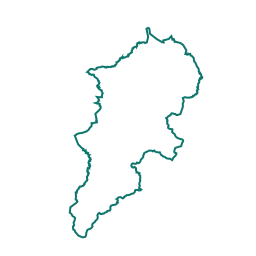 Nong Prue, Kanchanaburi, Thailand (Robinson projection), rotated 249°
{"feature_id": "78962969B48992578424572", "entity_name": "Nong Prue", "entity_type": "district", "adm_level": 2, "iso_a3": "THA", "parent_name": "Thailand", "parent_adm1": "Kanchanaburi", "projection": "robinson", "projection_center": [99.466, 14.685], "detail": "fine", "context": "isolated", "style": "outline", "palette": "teal", "viewbox_px": 256, "rotation_deg": 249, "n_neighbors": 0, "source": "geoboundaries", "source_scale": "gbopen_adm2", "svg_char_len": 5831}
<svg xmlns="http://www.w3.org/2000/svg" viewBox="0 0 256 256"><g transform="rotate(249 128 128)"><path d="M214.3,182.7L214.0,180.8L207.2,179.7L205.4,179.2L201.1,176.2L201.2,174.4L201.9,174.2L202.6,172.8L202.7,171.2L203.1,171.0L203.2,170.0L202.9,169.8L202.9,169.1L204.0,169.0L203.8,168.4L203.9,167.4L203.3,166.6L202.9,166.6L201.7,165.9L201.6,166.1L201.3,166.0L201.2,165.5L200.7,165.0L201.1,165.0L200.9,164.6L201.3,163.6L201.1,161.7L200.4,161.5L200.3,161.1L200.5,160.6L199.6,160.2L198.6,159.0L197.3,158.8L197.4,158.4L197.1,158.1L197.2,157.5L196.4,155.6L196.6,154.7L196.4,154.4L195.2,154.5L194.7,153.7L195.2,153.0L194.9,150.7L195.2,149.3L195.6,149.1L195.3,148.6L195.7,148.4L195.7,147.9L196.0,148.0L195.4,147.3L196.1,146.9L195.8,146.2L195.9,145.5L195.6,145.2L194.6,145.0L194.7,144.4L193.8,143.4L193.9,142.9L193.4,142.5L193.2,141.7L193.5,140.8L192.6,140.6L191.9,140.1L191.4,139.5L191.4,138.5L190.5,137.9L190.5,137.6L190.8,137.0L190.6,136.3L191.2,135.8L191.0,134.2L191.4,134.1L191.3,133.4L192.1,131.5L192.0,131.2L192.4,131.0L192.7,130.1L192.2,129.3L192.9,128.2L193.4,128.2L194.7,125.8L194.6,124.3L195.2,122.3L195.4,120.3L194.4,119.9L194.4,117.5L195.7,116.1L196.6,114.0L194.9,110.2L194.7,110.6L193.6,110.8L193.2,111.3L192.1,111.2L191.7,112.3L190.5,113.0L190.4,114.6L189.9,115.2L187.8,115.1L184.9,117.1L183.7,117.0L182.4,117.6L181.8,117.0L180.6,117.6L179.3,116.4L178.5,114.3L177.8,114.2L176.8,114.3L176.8,115.7L175.9,115.2L175.7,115.5L175.4,114.9L175.0,114.9L173.0,116.2L172.5,116.9L172.1,116.5L171.3,116.5L169.5,116.9L168.2,115.5L166.1,114.7L167.2,111.9L168.1,110.2L165.3,111.0L163.9,110.8L164.0,110.1L163.1,109.2L162.7,108.3L162.9,106.7L162.0,107.7L160.8,110.2L159.0,109.5L158.8,110.1L156.6,109.8L155.5,108.6L152.9,102.6L148.0,101.9L146.4,101.0L146.1,101.5L144.4,101.0L145.0,98.4L144.9,97.2L145.6,95.8L143.0,94.8L141.5,91.8L140.5,90.8L139.7,88.0L139.8,83.9L140.6,80.4L140.6,77.6L140.2,77.1L140.0,75.6L130.7,75.6L125.4,77.9L124.6,78.8L123.5,78.1L123.4,78.9L122.4,79.8L121.9,79.4L121.7,79.7L122.0,80.4L121.5,80.3L121.2,79.9L119.7,79.6L119.3,80.3L119.7,81.2L119.2,81.8L118.2,81.1L116.9,82.2L116.9,81.4L116.2,81.5L115.9,81.1L115.3,81.4L114.5,81.1L113.3,82.1L112.8,81.6L111.9,81.8L111.8,80.8L110.7,80.7L110.9,80.1L111.3,80.0L111.1,79.6L109.8,78.8L108.7,79.0L108.8,78.6L108.1,78.6L107.8,79.1L107.2,78.3L106.1,79.1L105.2,78.2L105.2,76.3L104.9,76.0L104.5,76.3L104.6,76.0L104.0,75.8L104.0,75.6L103.3,75.0L102.7,75.1L102.2,74.6L101.8,74.8L101.7,74.4L100.8,74.5L100.5,75.0L99.9,75.3L99.2,74.7L98.8,73.8L98.2,73.7L97.0,72.0L95.7,71.9L94.9,71.4L94.4,71.6L93.5,70.9L93.2,69.5L92.3,68.5L92.0,67.4L91.0,66.6L90.8,66.8L90.1,65.4L90.3,65.2L90.1,63.0L90.6,62.4L90.6,61.8L89.6,61.0L89.6,60.5L88.9,60.0L88.0,58.1L87.5,58.0L87.0,57.1L86.5,57.3L85.9,56.9L86.3,56.0L82.9,55.0L80.0,53.5L79.0,54.3L77.4,54.4L76.6,52.7L74.7,45.9L69.9,43.3L68.0,44.4L65.8,44.6L64.0,46.0L63.0,46.3L61.0,45.2L59.3,43.4L56.3,42.7L55.8,41.3L52.8,40.5L51.6,41.6L50.2,41.4L45.6,43.0L42.5,45.9L42.0,47.1L41.7,49.1L43.1,50.6L44.8,51.3L47.2,53.3L47.5,54.3L47.5,57.2L48.4,59.2L48.8,59.6L50.1,59.7L51.3,60.6L52.1,63.2L52.8,64.1L54.0,66.7L55.6,67.9L57.4,68.1L58.8,69.6L58.9,71.0L57.7,71.4L57.0,72.6L57.2,73.7L56.8,74.9L57.3,76.3L57.1,78.0L58.0,79.0L57.4,81.5L58.1,82.3L60.5,83.2L61.3,83.9L61.6,85.6L60.9,89.1L61.4,90.5L62.1,90.8L62.0,91.8L63.1,91.6L63.8,92.5L64.8,92.6L65.6,92.0L65.6,92.6L66.4,93.5L66.6,94.3L66.1,96.4L64.3,97.7L64.1,98.3L64.6,99.5L65.2,99.8L65.3,101.5L65.8,102.6L65.0,105.2L65.3,108.1L64.9,109.5L65.9,111.5L67.1,112.2L67.5,112.8L66.8,114.4L66.7,115.3L65.8,115.7L65.5,116.4L65.4,117.4L65.7,118.3L67.9,116.9L68.6,117.2L69.8,118.4L71.3,118.3L72.4,118.8L74.4,120.6L75.6,120.7L76.9,121.6L79.3,122.3L80.3,121.7L81.1,121.7L81.1,122.2L81.7,122.6L82.5,121.9L83.4,120.0L84.3,120.5L85.6,120.2L87.5,121.1L88.8,120.5L88.9,119.8L89.3,119.8L89.3,118.6L89.7,117.9L91.0,117.5L91.6,117.6L93.0,118.6L93.2,119.8L91.7,122.4L91.9,123.4L92.5,124.0L91.4,125.2L91.6,126.3L92.1,127.3L93.7,128.5L95.3,131.7L97.0,132.4L97.4,133.2L98.6,133.9L99.0,135.4L99.3,139.9L98.2,142.2L97.3,142.8L97.6,144.4L96.4,144.7L95.0,146.5L94.4,147.4L93.9,149.0L91.3,149.1L90.4,149.9L89.2,150.3L87.4,152.3L85.9,153.1L84.6,155.2L84.4,156.1L82.2,157.7L83.9,159.6L85.2,162.5L86.2,163.7L87.1,164.1L88.2,162.7L89.1,162.6L90.4,163.3L92.4,164.9L92.4,167.1L92.0,171.1L94.6,173.1L95.8,174.7L96.8,175.0L97.9,174.5L99.7,171.9L101.8,170.0L103.9,169.3L105.8,169.3L107.3,168.2L108.6,167.7L109.9,168.7L111.0,168.9L112.1,166.7L113.4,165.6L114.6,165.7L115.5,166.7L116.0,166.9L118.0,166.1L119.4,166.9L120.4,166.9L121.0,167.7L123.1,167.2L123.7,167.3L123.5,168.3L123.9,168.6L124.6,170.1L124.7,172.3L125.3,172.6L126.1,174.0L125.5,175.2L124.9,175.5L124.1,177.3L122.8,177.8L122.4,178.8L122.2,181.8L127.6,186.4L129.2,187.3L130.9,187.7L133.1,189.7L136.3,189.9L136.4,192.1L135.0,194.3L134.6,195.7L134.3,196.1L134.3,197.3L134.0,197.9L134.2,198.6L133.9,199.7L134.4,200.5L134.8,200.5L134.6,201.6L135.3,203.0L135.0,203.7L135.4,204.0L135.3,204.5L135.7,205.2L136.3,205.5L136.8,205.3L137.3,205.8L138.4,205.7L138.9,207.2L139.2,207.0L140.6,207.6L140.8,207.2L141.2,207.3L140.8,208.0L144.4,209.5L144.8,210.7L146.4,211.4L147.2,211.4L147.5,212.7L148.3,212.7L148.9,213.2L148.9,213.5L148.3,213.4L147.8,213.8L147.9,214.4L148.5,214.7L148.3,215.2L148.9,215.5L149.1,215.2L150.6,215.0L151.2,215.4L152.3,215.3L152.9,215.0L152.9,214.4L153.5,214.2L154.1,215.0L155.5,214.3L156.8,214.9L158.3,215.1L160.4,214.5L164.5,214.3L166.7,213.7L170.0,214.4L172.5,213.3L173.3,212.4L174.9,212.6L175.0,211.6L175.5,211.2L175.3,210.7L175.6,210.6L175.2,210.3L175.2,209.5L176.1,209.1L176.5,208.1L179.6,210.3L185.9,209.2L188.5,207.4L191.1,203.8L191.7,203.3L191.7,202.4L194.7,202.6L194.9,201.8L194.4,201.3L194.5,201.1L198.2,201.4L196.5,197.9L197.1,192.3L195.1,191.9L195.8,190.7L200.7,186.7L208.1,182.3L212.4,183.4L213.3,183.4L214.3,182.7Z" fill="none" stroke="#0f766e" stroke-width="2"/></g></svg>